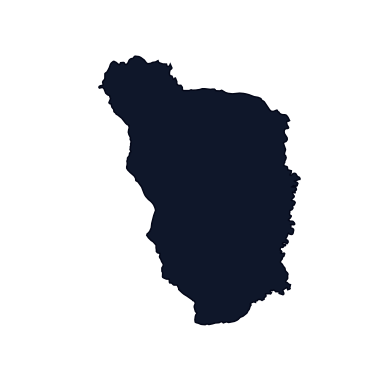 Luro, Lautém, East Timor, rotated 27°
{"feature_id": "22284137B78720484995027", "entity_name": "Luro", "entity_type": "district", "adm_level": 2, "iso_a3": "TLS", "parent_name": "East Timor", "parent_adm1": "Lautém", "projection": "albers", "projection_center": [126.805, -8.55], "detail": "fine", "context": "isolated", "style": "filled", "palette": "ink", "viewbox_px": 384, "rotation_deg": 27, "n_neighbors": 0, "source": "geoboundaries", "source_scale": "gbopen_adm2", "svg_char_len": 6019}
<svg xmlns="http://www.w3.org/2000/svg" viewBox="0 0 384 384"><g transform="rotate(27 192 192)"><path d="M213.5,283.1L214.7,282.5L215.4,282.4L217.4,283.1L218.2,283.1L220.7,281.8L221.2,281.8L223.7,283.7L224.5,284.9L228.9,286.2L231.2,286.7L234.9,287.0L241.3,287.9L242.0,288.3L243.4,288.1L245.1,289.1L245.6,290.2L245.8,292.6L246.3,293.6L249.2,296.8L249.7,297.1L251.0,297.3L251.4,298.0L251.2,300.0L251.5,301.4L252.6,304.5L253.9,306.4L255.0,306.5L257.3,306.0L260.0,305.8L260.9,305.5L264.0,304.2L265.2,302.7L267.2,302.4L270.1,300.1L272.2,298.1L275.5,296.1L276.1,295.1L277.4,294.0L278.0,293.9L279.3,294.4L281.6,292.0L283.9,291.6L288.5,288.0L290.2,285.9L291.0,284.4L291.8,281.8L293.8,279.5L295.8,275.1L295.9,273.0L295.7,272.2L296.0,271.7L296.2,270.4L295.7,267.5L295.9,265.9L295.2,265.9L294.7,265.1L295.3,263.5L296.9,261.8L298.7,261.5L298.3,260.6L298.6,259.9L299.5,259.1L299.4,258.4L300.4,257.3L302.0,256.7L303.6,256.8L303.9,256.2L304.9,254.9L304.5,254.2L304.4,253.0L305.2,251.7L305.0,250.8L304.1,249.9L303.9,249.2L306.9,247.5L308.3,247.1L308.4,246.4L308.5,245.6L306.8,245.0L306.6,244.2L307.1,243.7L307.7,243.4L308.4,243.4L309.1,242.2L310.5,242.3L312.1,242.8L312.6,242.3L314.8,241.5L315.4,242.0L315.7,242.8L319.7,242.2L320.1,241.3L319.7,240.4L317.7,238.7L317.6,237.8L319.3,234.7L320.0,234.0L321.6,235.6L322.7,234.6L323.3,233.6L322.5,232.7L321.8,229.9L320.0,230.2L318.0,229.5L316.7,229.6L316.1,229.3L315.9,228.5L316.5,226.0L316.4,225.4L315.1,223.1L314.8,221.6L313.8,220.8L311.4,220.0L310.4,219.1L309.4,217.7L306.8,216.5L305.2,215.4L303.1,214.8L302.5,214.3L302.3,212.7L302.8,210.5L302.4,210.1L302.2,209.2L303.0,207.6L302.6,204.9L302.0,204.6L299.8,205.9L299.1,206.2L298.6,206.0L299.0,204.4L298.3,203.9L297.5,204.0L296.8,203.6L296.3,202.5L296.3,201.4L296.7,200.5L297.9,200.2L298.3,199.5L298.2,198.5L299.5,197.4L299.4,196.5L298.8,196.4L296.7,197.4L296.0,197.1L296.1,196.1L296.5,195.5L297.5,194.9L300.2,194.7L300.4,193.0L299.8,192.1L299.0,191.6L297.3,191.8L296.7,190.9L296.8,188.1L296.5,185.5L296.7,184.9L298.5,185.1L299.6,184.8L300.3,184.4L300.7,183.7L300.7,182.7L299.9,179.8L299.3,179.1L298.0,178.8L296.9,179.2L296.3,179.1L295.3,176.9L294.8,176.5L295.2,175.9L297.6,175.0L298.1,174.3L297.9,173.7L297.2,173.1L295.5,172.4L294.7,172.5L292.4,173.5L290.6,173.1L290.9,171.6L291.3,170.7L291.5,168.8L291.2,168.2L289.8,168.2L288.7,167.2L288.3,165.6L287.7,164.7L287.7,164.0L289.0,162.4L289.2,161.5L289.3,160.8L288.9,160.0L287.9,158.9L288.1,158.0L288.9,157.2L288.8,154.8L288.5,154.3L287.2,153.8L284.4,154.3L284.3,152.9L285.2,150.0L284.9,149.2L283.8,148.8L281.8,147.1L281.9,146.4L284.1,146.0L284.0,145.2L283.0,144.5L283.0,143.9L283.6,143.6L284.0,142.8L283.8,142.2L283.0,141.3L282.4,141.0L281.5,141.0L279.5,142.0L278.6,142.1L279.5,140.2L282.0,139.6L282.6,139.1L282.8,138.4L282.4,137.7L282.6,136.6L282.1,136.1L281.4,135.8L279.7,136.0L278.5,135.8L281.5,132.3L282.4,131.8L282.3,131.2L281.1,130.2L279.3,130.3L278.3,130.0L276.4,128.7L275.6,128.6L274.8,128.8L273.8,129.6L272.7,132.4L271.8,132.4L271.3,131.5L271.7,130.1L270.9,128.0L267.6,128.7L267.0,128.4L265.6,126.5L265.1,126.3L262.1,126.8L261.3,125.8L261.0,124.7L261.2,123.7L260.6,122.2L260.6,120.2L260.3,118.7L259.0,117.3L257.3,116.7L256.6,114.7L256.3,112.6L255.9,111.5L252.6,108.4L251.2,106.8L251.4,105.9L252.8,104.3L253.1,102.5L252.9,101.7L252.1,100.5L247.7,97.9L246.4,95.9L246.2,94.6L246.5,93.4L247.0,92.8L248.2,92.1L248.9,91.3L248.7,90.6L246.3,89.1L245.0,87.6L244.7,86.9L244.5,86.3L245.0,85.4L245.8,85.1L246.5,84.1L243.6,81.9L241.3,80.8L239.7,81.0L237.6,82.0L236.0,82.3L234.5,82.2L232.9,81.3L232.0,81.5L230.9,80.5L230.2,80.7L228.5,82.7L227.7,83.4L226.2,84.0L225.5,84.0L223.9,83.6L215.5,78.9L214.1,78.6L212.9,78.8L211.7,77.9L210.7,77.5L207.9,77.7L204.1,78.9L198.6,79.5L195.8,80.1L193.3,80.8L189.6,82.3L183.5,86.2L179.5,87.7L176.9,88.2L172.3,87.9L170.8,89.4L167.9,90.7L167.1,90.9L166.2,90.4L165.3,90.2L163.5,91.1L161.9,92.2L156.8,94.1L154.3,95.3L152.4,97.2L149.3,99.4L146.5,101.0L144.8,101.4L143.5,102.9L138.4,105.5L137.1,105.4L135.8,103.1L133.6,102.0L132.7,102.6L131.2,103.2L129.8,102.8L128.9,101.8L128.4,100.6L125.5,98.0L125.0,98.4L125.0,99.4L124.2,100.1L121.5,97.9L119.7,98.3L119.0,97.9L117.8,96.3L117.0,93.6L117.2,92.8L117.8,91.5L117.8,90.6L114.6,88.0L114.7,89.5L114.4,90.4L113.8,91.1L113.0,91.2L112.1,90.8L111.2,89.6L107.9,91.2L104.2,91.7L103.4,91.6L102.1,90.4L100.5,92.7L98.1,94.4L96.8,96.1L94.4,97.8L92.8,97.7L89.5,96.1L85.2,95.4L83.2,95.5L79.7,96.8L79.2,97.4L78.8,99.7L77.2,100.9L76.3,102.5L76.2,104.0L76.4,105.8L75.8,108.0L75.2,108.5L74.1,108.5L72.8,107.6L72.1,107.7L69.7,109.2L69.7,111.4L68.6,111.7L65.5,111.0L63.4,111.0L62.6,111.4L61.6,113.6L61.4,115.2L61.9,118.7L61.9,121.9L61.7,123.9L60.9,125.4L60.7,126.1L62.8,130.3L62.9,131.6L62.4,133.5L62.5,134.7L64.0,136.5L64.0,137.4L62.1,139.0L61.5,139.9L61.4,140.6L61.7,141.2L62.4,141.4L64.3,139.8L65.6,139.5L66.8,140.0L70.3,143.1L72.6,143.7L74.7,143.5L77.1,145.9L77.4,150.0L77.8,150.4L78.9,150.6L79.8,150.1L82.2,152.8L84.8,154.0L85.9,155.7L86.4,156.0L88.0,156.3L89.3,157.1L90.5,157.0L95.9,158.1L101.7,160.8L103.5,161.3L105.7,161.3L105.9,162.1L106.9,163.2L107.3,165.2L108.1,167.6L109.8,169.5L112.3,171.3L113.2,173.4L114.4,174.0L115.2,175.6L115.5,177.1L116.2,177.9L116.5,179.9L117.1,180.6L117.5,182.3L118.8,183.1L119.3,183.8L118.8,185.8L119.6,188.0L119.1,190.9L119.8,192.5L120.0,194.0L121.2,195.6L122.0,197.5L122.3,199.0L123.0,200.4L124.7,201.5L128.2,202.7L133.1,203.9L135.3,205.2L136.8,207.3L139.3,207.5L144.9,210.4L150.0,215.0L151.6,216.2L153.0,217.0L156.6,218.4L159.5,219.0L162.0,219.9L163.8,220.9L166.1,222.8L167.9,224.8L168.6,230.3L170.4,238.2L172.0,242.4L172.2,246.2L171.7,248.4L171.1,249.5L171.3,251.1L174.1,252.6L177.6,253.7L180.1,254.0L183.8,255.5L184.3,255.9L185.3,258.0L186.4,259.5L187.3,261.2L188.8,261.8L191.2,261.3L192.0,262.4L192.4,264.4L193.1,265.1L194.8,266.1L196.6,267.8L198.9,269.1L199.4,269.8L199.9,271.4L199.6,272.9L199.8,273.6L201.2,276.3L202.2,276.9L202.7,277.6L204.2,280.9L204.7,281.3L205.9,281.4L208.7,281.2L210.8,280.2L211.4,280.3L212.9,282.7L213.5,283.1Z" fill="#0f172a" stroke="#020617" stroke-width="1.5"/></g></svg>